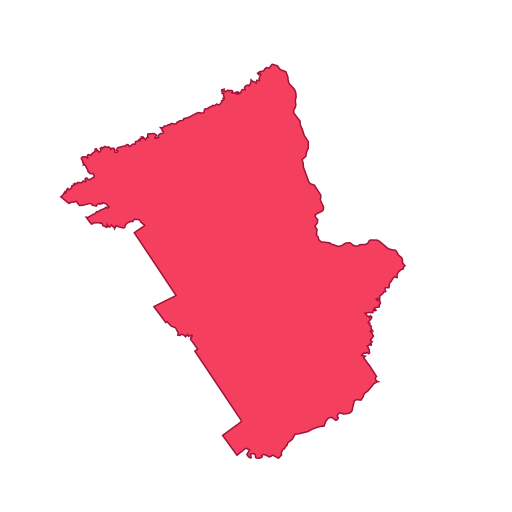 the district of Puerto Quito, Pichincha, Ecuador, rotated 144°
{"feature_id": "8360857B71791990485840", "entity_name": "Puerto Quito", "entity_type": "district", "adm_level": 2, "iso_a3": "ECU", "parent_name": "Ecuador", "parent_adm1": "Pichincha", "projection": "orthographic", "projection_center": [-79.239, 0.156], "detail": "fine", "context": "isolated", "style": "filled", "palette": "rose", "viewbox_px": 512, "rotation_deg": 144, "n_neighbors": 0, "source": "geoboundaries", "source_scale": "gbopen_adm2", "svg_char_len": 6109}
<svg xmlns="http://www.w3.org/2000/svg" viewBox="0 0 512 512"><g transform="rotate(144 256 256)"><path d="M205.3,403.7L208.5,403.8L210.7,404.9L211.6,404.8L213.4,402.9L215.2,402.9L218.6,406.2L229.2,407.8L233.7,409.6L234.6,408.9L235.9,408.9L238.7,410.4L239.6,410.0L241.1,410.7L242.4,409.8L245.1,411.1L246.0,412.6L247.1,413.2L248.5,412.7L249.8,413.8L252.2,413.7L253.7,415.1L255.8,414.4L257.8,416.0L257.7,414.0L258.3,412.3L257.7,410.9L258.5,410.1L259.3,409.9L260.7,411.0L262.9,411.3L264.9,410.6L265.0,409.3L265.6,409.1L266.7,410.0L267.6,409.9L268.4,410.5L268.1,411.2L265.5,412.3L266.3,414.9L271.7,418.3L273.4,416.7L273.4,415.5L274.9,415.9L277.2,415.0L277.3,418.5L278.4,419.5L278.3,417.6L280.5,419.3L282.1,417.6L282.5,418.9L284.0,418.3L286.1,419.4L288.3,417.5L289.7,418.9L294.0,418.9L294.0,421.1L294.9,422.1L296.8,421.9L304.0,424.9L306.8,424.0L306.2,421.8L307.9,421.6L309.0,423.1L307.5,426.6L309.2,427.9L310.9,427.8L310.6,430.1L311.0,430.8L313.7,432.3L313.8,433.5L315.6,433.7L316.8,433.1L317.1,434.7L318.9,434.5L319.1,432.9L321.4,431.9L322.0,432.6L321.9,434.3L322.8,434.5L322.0,436.4L323.2,437.1L324.8,435.3L328.6,435.2L330.1,434.3L331.6,436.4L332.9,436.7L333.4,436.0L334.7,435.5L334.5,434.3L335.0,434.5L335.7,436.5L337.0,437.6L338.8,438.2L340.1,437.6L340.5,434.4L341.3,433.5L341.0,432.0L342.3,431.1L340.6,429.8L341.3,427.7L341.5,424.5L342.3,423.2L341.8,420.3L339.1,417.7L340.5,415.1L345.5,415.5L346.8,416.6L347.0,418.4L347.6,419.0L349.1,418.7L349.4,417.0L350.3,416.4L351.6,418.3L354.2,417.8L357.0,420.3L358.5,420.0L359.9,421.2L360.4,420.4L361.4,421.3L361.8,420.4L363.9,421.0L364.8,419.8L367.9,419.3L368.7,420.1L368.5,421.3L369.0,421.4L373.0,418.9L373.9,419.2L373.3,420.1L376.9,418.7L379.2,418.6L376.5,408.5L373.0,407.8L372.1,406.7L369.3,406.0L369.2,400.7L366.3,398.8L359.7,396.3L358.5,395.0L358.5,393.3L355.8,390.2L354.3,391.0L352.1,390.8L351.8,389.6L350.8,389.2L350.0,389.4L349.7,388.8L348.4,389.0L346.4,385.7L346.5,383.2L345.9,382.3L347.4,381.7L348.3,382.2L348.2,383.1L348.9,383.7L350.7,383.5L355.6,384.7L358.3,384.7L358.9,385.6L361.8,384.7L362.9,385.4L369.2,386.0L370.6,387.2L370.5,378.7L369.2,378.0L368.2,378.4L363.3,375.1L362.6,373.8L361.3,373.3L362.0,370.4L360.6,368.4L360.4,367.2L359.5,366.9L357.9,368.8L358.0,366.4L357.3,365.3L354.6,366.0L354.6,364.0L353.9,362.9L354.4,361.2L351.2,362.6L350.1,360.5L346.6,356.4L345.4,356.3L343.2,357.9L340.6,358.5L338.7,357.8L337.3,357.9L335.5,356.3L332.8,357.2L329.0,353.8L329.2,351.1L328.8,348.7L328.1,347.5L328.1,346.1L340.8,346.4L343.9,271.0L368.4,275.1L368.1,255.1L366.5,255.0L365.9,249.4L363.3,245.1L364.1,239.4L365.8,238.0L364.3,236.4L362.7,236.5L361.9,236.0L360.8,234.3L360.5,232.0L357.7,232.9L357.5,232.2L357.9,230.7L354.4,229.7L354.6,228.8L356.7,228.3L357.9,227.2L357.9,215.0L361.4,215.0L364.6,131.3L365.9,130.6L388.5,130.5L388.5,106.0L377.3,106.5L375.1,102.9L380.1,100.8L380.1,97.6L379.1,95.8L378.3,95.7L377.0,98.9L374.4,97.8L373.3,95.9L374.8,93.3L374.4,92.3L372.3,90.5L370.3,89.8L369.0,90.0L368.9,91.0L366.8,91.3L364.8,88.8L363.6,85.8L361.5,85.0L360.7,85.3L359.5,85.0L356.7,79.2L352.3,80.0L351.3,81.9L348.3,83.6L345.9,83.4L344.3,84.4L341.9,84.7L340.1,86.2L334.2,86.4L328.8,89.0L327.2,87.6L317.2,83.4L312.5,82.9L306.6,81.2L303.5,80.0L301.1,78.3L296.6,81.3L292.7,82.3L290.5,81.5L289.5,80.6L288.0,76.1L286.1,75.8L284.5,76.6L284.5,78.6L284.0,79.2L282.3,79.8L280.2,79.8L278.0,76.6L273.6,74.3L271.5,73.8L269.2,74.4L261.6,81.1L259.1,80.7L255.8,77.7L252.3,79.0L249.4,81.0L244.4,81.1L235.5,83.4L231.9,83.0L231.0,82.5L232.1,84.6L231.6,86.4L230.7,87.5L229.3,87.6L228.5,101.9L228.8,101.9L228.6,110.5L226.5,110.7L228.8,113.7L225.9,114.2L224.5,112.8L222.9,112.8L222.4,110.8L221.1,110.8L219.3,114.0L219.7,115.0L218.9,116.1L219.0,117.8L217.2,117.5L215.5,117.9L215.6,116.4L215.1,116.1L213.8,118.4L212.4,118.3L212.9,120.8L208.0,122.1L207.8,124.4L207.2,125.3L208.0,127.8L206.9,127.8L205.6,126.7L205.6,129.1L204.0,132.0L204.8,133.6L203.3,134.6L204.4,135.7L204.4,136.4L199.4,137.6L198.1,138.8L198.6,140.5L200.5,139.5L200.3,141.0L201.3,141.9L201.1,144.2L201.6,145.6L197.8,143.9L194.8,141.5L192.3,143.7L191.9,141.7L190.8,141.5L191.0,143.3L190.0,144.2L186.2,142.3L185.2,143.8L183.0,144.7L182.2,146.8L182.1,147.8L183.9,148.6L184.0,150.6L182.7,150.2L181.1,148.6L179.4,150.9L175.7,151.0L173.8,151.8L172.5,151.1L171.7,151.2L171.3,153.3L170.4,154.1L169.6,154.1L167.1,152.2L163.7,155.7L161.9,155.9L157.9,157.6L156.3,157.7L154.5,155.6L152.8,158.0L150.6,159.2L146.8,159.7L144.4,159.0L142.6,160.5L141.2,160.5L141.5,164.2L139.6,167.1L139.2,169.2L140.2,172.8L139.6,177.7L140.0,179.0L141.8,180.5L144.7,184.1L147.4,195.1L148.4,197.4L154.0,201.7L155.4,201.8L158.2,200.6L159.4,200.7L161.3,201.4L165.4,204.2L168.0,204.1L170.8,207.0L172.2,211.5L176.0,213.8L181.0,214.1L183.8,215.4L188.1,221.5L188.6,223.3L195.0,229.2L195.6,232.2L194.6,234.8L194.7,237.5L191.0,241.6L190.8,245.5L186.9,246.7L184.7,249.2L185.1,252.2L184.6,253.4L183.7,254.4L181.9,254.4L176.0,253.4L174.3,253.9L172.5,256.0L171.1,263.4L168.5,266.0L167.8,267.4L167.1,279.0L169.5,282.5L169.7,284.8L165.4,300.0L163.3,303.3L162.0,306.9L157.2,307.3L153.3,311.0L150.6,312.2L146.5,317.6L146.1,325.3L144.1,331.1L143.1,336.1L141.1,339.2L141.4,349.8L139.0,352.3L137.2,352.9L135.0,354.7L133.0,358.4L129.8,361.4L127.7,365.0L126.9,368.3L127.9,376.3L126.2,380.3L125.2,381.5L123.5,387.5L126.8,392.6L126.9,397.3L130.1,401.5L130.7,401.6L134.5,400.3L135.3,400.6L136.5,402.2L138.7,402.3L141.1,401.2L144.4,402.9L147.3,403.0L147.1,400.9L146.1,400.6L145.4,401.1L145.4,399.9L149.0,398.0L150.0,396.0L152.1,397.7L154.2,395.8L154.7,397.6L156.1,399.4L156.4,401.4L158.0,399.5L161.3,397.7L161.8,398.0L162.0,399.0L163.8,399.7L166.1,399.3L167.2,397.0L169.3,398.8L173.5,396.9L175.9,397.9L176.4,398.7L174.1,398.1L173.7,398.7L174.2,399.4L175.7,400.3L177.0,400.2L179.3,401.8L179.4,402.5L178.2,402.6L178.1,403.9L179.7,405.3L181.0,405.6L181.1,406.6L184.8,407.3L184.9,408.4L183.6,409.6L186.0,410.6L186.8,409.9L187.1,407.7L187.8,407.5L186.9,406.2L188.1,404.7L188.7,402.3L189.5,402.0L190.0,402.7L190.3,401.3L192.5,401.8L192.6,401.0L196.6,399.8L197.4,400.2L198.5,402.1L200.8,401.9L202.5,403.3L203.2,403.0L205.3,403.7Z" fill="#f43f5e" stroke="#9f1239" stroke-width="1.5"/></g></svg>